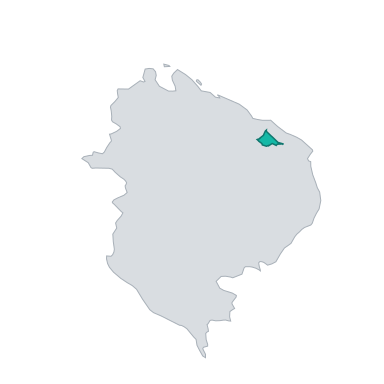 location of Rotonak Mondol, Batdâmbâng, Cambodia, rotated 134°
{"feature_id": "14789045B15195219920111", "entity_name": "Rotonak Mondol", "entity_type": "district", "adm_level": 2, "iso_a3": "KHM", "parent_name": "Cambodia", "parent_adm1": "Batdâmbâng", "projection": "equal_earth", "projection_center": [102.87, 12.919], "detail": "fine", "context": "in_parent", "style": "filled", "palette": "teal", "viewbox_px": 384, "rotation_deg": 134, "n_neighbors": 0, "source": "geoboundaries", "source_scale": "gbopen_adm2", "svg_char_len": 3590}
<svg xmlns="http://www.w3.org/2000/svg" viewBox="0 0 384 384"><g transform="rotate(134 192 192)"><path d="M301.8,67.2L302.5,70.4L300.7,76.4L298.8,81.9L295.2,86.7L295.1,90.2L293.9,100.7L294.4,104.0L295.3,106.9L296.5,108.4L299.7,118.7L302.6,128.1L305.5,135.8L306.0,140.6L303.5,153.0L300.5,164.3L300.8,169.9L302.2,175.6L303.6,183.1L304.2,192.8L303.5,199.1L302.1,203.0L299.5,207.0L297.3,209.0L294.5,205.6L292.3,205.5L289.4,206.5L287.1,208.1L282.5,214.0L277.3,219.7L270.2,221.1L267.4,225.4L264.4,226.0L258.7,226.2L255.0,227.2L255.2,229.3L254.9,239.4L255.0,241.8L254.5,242.4L251.9,242.7L247.5,241.2L241.6,238.7L237.4,238.3L235.3,242.7L234.0,244.4L232.4,244.7L230.8,245.4L230.2,247.4L230.1,249.9L230.9,254.1L231.2,260.7L231.0,265.3L232.6,268.2L241.6,277.9L244.3,280.3L244.6,281.7L243.0,287.0L244.5,294.4L241.7,294.3L236.9,291.1L234.7,289.1L232.0,290.7L231.0,290.4L229.1,286.8L226.7,283.0L224.2,282.8L219.0,284.3L213.6,285.3L211.6,285.3L210.8,285.9L207.7,291.5L206.4,290.5L200.9,288.4L196.0,287.6L195.0,289.0L195.6,293.6L196.7,298.0L196.1,299.9L193.4,302.2L189.8,306.4L187.6,309.6L186.1,310.4L180.6,310.3L175.2,310.7L173.0,313.8L171.0,316.2L169.2,316.8L162.1,309.2L148.0,306.6L146.5,303.2L145.1,302.6L143.8,306.9L136.1,311.1L132.8,308.6L130.4,305.5L130.8,301.8L133.0,298.7L136.9,296.5L138.6,288.9L135.7,279.0L133.1,276.2L130.4,273.9L127.6,277.6L125.2,283.8L122.7,287.0L119.2,287.7L114.0,287.5L112.0,278.2L111.3,270.1L112.0,261.0L112.8,255.6L107.8,248.1L107.5,241.0L105.1,237.4L104.4,239.2L104.5,241.3L103.8,239.8L96.0,219.0L94.7,209.3L96.0,201.9L96.8,199.4L94.5,195.5L91.4,191.0L85.7,185.2L85.4,176.0L84.1,165.2L82.4,161.5L79.9,154.8L78.5,149.3L78.0,134.7L78.7,133.5L82.7,133.1L87.8,132.1L88.6,129.7L87.7,127.7L91.0,124.4L95.7,117.2L99.3,109.6L101.9,104.8L103.4,100.1L108.7,93.4L115.9,88.8L120.8,87.7L126.0,86.1L130.9,83.8L133.2,83.6L139.3,86.4L142.6,87.0L146.0,87.0L149.6,87.3L152.7,87.0L160.2,85.1L168.1,86.6L175.2,85.4L183.9,83.2L188.2,84.6L192.1,86.8L192.7,91.3L193.6,93.3L194.9,94.9L196.7,94.8L198.9,91.8L200.7,88.6L201.3,88.0L201.4,89.5L202.4,93.0L204.1,96.4L205.7,98.7L208.6,101.7L210.4,101.8L216.4,99.0L225.4,103.1L226.4,105.2L229.3,109.4L232.5,112.4L239.5,112.6L241.9,105.2L240.7,100.7L236.7,92.8L235.6,88.2L236.9,87.3L243.6,86.5L244.7,85.5L246.2,80.4L248.0,81.0L251.7,81.7L255.7,78.2L258.0,74.5L259.3,76.2L260.7,78.8L262.2,80.3L265.1,82.5L268.3,85.6L270.2,88.6L271.8,89.8L275.8,88.9L276.9,89.1L279.2,85.4L280.8,83.4L282.2,83.9L284.2,83.9L288.4,79.2L290.7,74.9L292.0,73.7L295.8,75.9L297.3,75.4L299.4,69.5L301.8,67.2ZM109.3,265.8L108.6,266.4L107.8,266.4L107.1,265.5L107.2,262.2L107.7,260.1L109.0,259.7L109.3,265.8ZM121.1,298.9L119.6,301.1L117.0,296.5L117.1,295.2L121.1,298.9Z" fill="#d9dde1" stroke="#a8b0b8" stroke-width="1"/><path d="M100.0,163.8L99.9,163.8L98.3,163.8L96.8,162.4L96.4,162.1L96.2,161.8L94.7,160.5L94.6,160.4L94.6,160.2L94.6,159.9L94.4,159.9L94.4,160.0L94.2,160.1L96.0,163.4L96.4,164.2L96.6,164.5L96.6,165.9L96.6,168.1L96.6,170.5L96.6,172.3L96.7,173.9L96.7,178.1L96.7,180.6L96.4,180.9L96.3,181.1L95.8,181.5L96.9,181.6L97.5,181.5L100.3,180.5L101.6,180.0L103.2,180.2L105.3,180.5L105.7,180.6L105.8,180.6L106.2,180.6L106.3,180.4L106.8,180.5L107.9,181.0L108.2,181.1L108.4,181.2L108.4,181.3L109.0,181.6L109.0,181.4L108.9,181.4L108.9,181.2L108.9,180.9L108.9,180.7L109.0,180.5L109.0,180.4L108.9,180.2L108.9,179.9L109.0,179.8L109.0,179.7L109.1,179.4L108.6,175.4L109.3,174.1L109.1,173.7L108.3,172.2L107.5,170.5L107.2,170.1L106.6,169.9L106.0,169.6L105.5,169.4L105.6,169.0L101.4,168.0L100.7,165.9L100.0,163.9L100.0,163.8Z" fill="#14b8a6" stroke="#0f766e" stroke-width="1.5"/></g></svg>